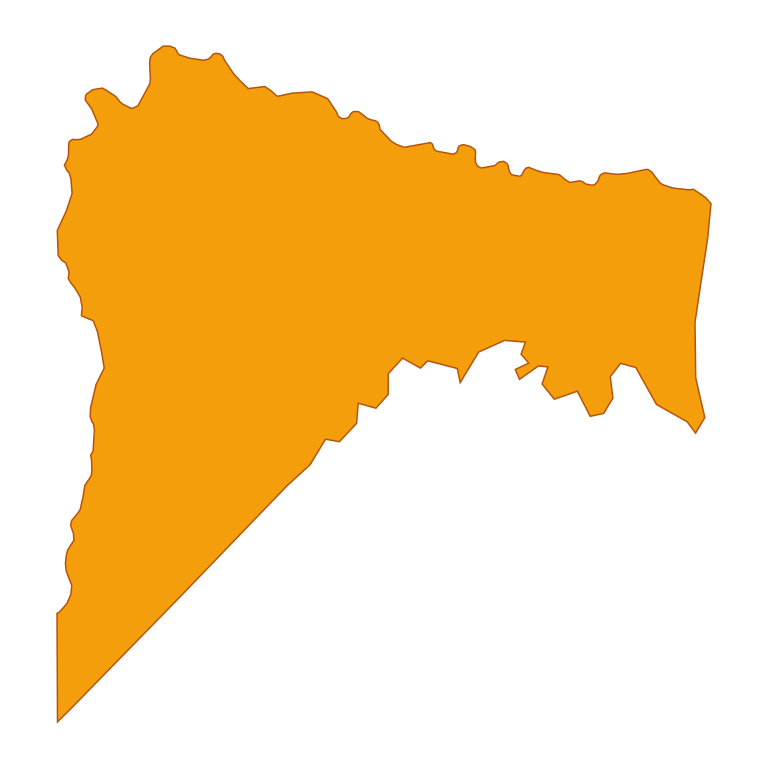 the district of Nassau, Florida, United States of America
{"feature_id": "52423323B49658569394047", "entity_name": "Nassau", "entity_type": "district", "adm_level": 2, "iso_a3": "USA", "parent_name": "United States of America", "parent_adm1": "Florida", "projection": "albers", "projection_center": [-81.792, 30.55], "detail": "fine", "context": "isolated", "style": "filled", "palette": "amber", "viewbox_px": 768, "rotation_deg": 0, "n_neighbors": 0, "source": "geoboundaries", "source_scale": "gbopen_adm2", "svg_char_len": 2883}
<svg xmlns="http://www.w3.org/2000/svg" viewBox="0 0 768 768"><path d="M57.0,613.4L57.5,721.9L69.8,709.7L177.5,599.4L287.3,485.5L310.1,464.7L325.5,439.2L339.4,441.7L356.6,423.3L358.2,403.2L375.9,408.2L388.2,394.4L388.2,373.7L402.6,358.1L420.4,368.1L427.8,360.8L457.3,368.5L460.2,382.6L478.7,352.0L504.5,340.4L525.4,342.1L521.1,354.2L528.7,363.1L515.3,369.5L519.5,379.3L538.5,365.9L547.9,366.9L542.1,384.0L554.3,399.2L577.3,391.2L590.2,416.3L603.7,413.4L612.9,398.1L610.3,376.7L620.6,363.3L635.8,367.5L656.5,404.5L687.2,421.8L695.6,433.1L704.8,417.6L695.7,377.9L695.0,322.1L707.6,238.5L711.0,203.6L705.5,197.5L693.5,189.3L688.7,189.8L676.8,188.5L672.1,187.8L663.6,185.0L660.3,183.3L651.8,172.2L648.1,169.5L645.8,169.5L627.2,173.4L617.9,174.3L612.3,173.9L605.2,172.9L602.8,173.5L600.4,175.1L599.1,177.2L598.6,179.6L597.6,181.5L595.3,184.0L593.6,185.0L591.9,185.2L590.1,184.9L588.0,184.4L585.6,184.0L583.2,182.0L579.7,180.8L570.1,182.5L565.4,179.8L559.9,175.1L557.5,174.3L543.7,172.6L536.6,170.5L528.6,167.3L525.7,168.3L523.9,170.7L521.9,174.8L520.0,176.3L511.4,174.7L509.3,171.3L508.1,165.6L506.9,163.6L503.6,161.3L498.8,162.1L495.0,165.5L481.5,168.0L478.3,166.7L477.0,165.4L475.6,162.3L475.2,158.2L475.6,152.6L475.2,149.9L472.7,148.1L470.6,146.6L464.7,144.9L462.1,144.8L459.3,146.0L458.3,147.2L457.2,151.3L456.3,152.6L453.5,154.2L436.6,151.2L434.5,149.4L433.6,148.0L432.5,144.2L430.5,142.6L404.1,147.3L396.6,144.5L391.2,141.2L380.2,129.5L379.8,128.6L379.4,125.8L378.7,123.8L377.8,122.4L376.4,121.4L375.1,120.7L371.2,119.9L367.2,118.4L362.8,114.7L358.5,111.7L353.5,111.5L351.1,113.3L348.9,116.9L346.3,118.4L342.0,118.7L338.3,116.4L336.5,112.0L327.7,98.7L313.2,92.3L311.2,91.9L291.8,93.2L277.8,96.3L276.1,95.4L271.6,91.3L265.0,86.5L248.2,88.6L239.6,80.3L233.4,73.5L224.5,60.2L222.8,56.2L219.8,53.9L216.0,53.3L212.9,54.3L211.4,56.5L208.8,58.9L203.9,60.3L189.7,58.2L179.0,54.7L178.2,53.9L175.1,48.2L170.1,46.2L163.2,46.1L152.7,53.8L150.2,57.6L149.6,63.0L149.9,69.3L150.4,79.1L149.8,83.8L137.9,105.8L132.5,108.3L132.4,108.4L130.1,107.9L122.4,103.9L120.1,102.0L115.8,96.5L105.3,89.6L102.3,88.1L92.6,89.7L86.5,94.1L85.5,95.7L85.3,100.0L91.7,109.0L98.3,124.5L97.2,126.8L91.6,134.1L80.6,139.3L76.2,139.7L72.7,139.3L69.5,141.4L68.8,143.2L68.4,155.7L67.2,159.7L64.4,165.3L67.3,170.9L69.3,173.2L70.9,178.7L72.1,193.4L66.4,210.8L57.3,230.4L58.2,255.7L61.8,260.3L65.8,263.1L68.6,270.6L69.1,273.3L68.2,278.2L70.7,282.9L74.5,287.4L80.2,296.9L82.2,307.3L81.4,315.3L81.8,316.0L92.8,320.5L93.6,321.5L97.3,331.2L101.5,351.6L104.2,368.1L96.1,384.4L90.6,407.5L90.1,416.5L92.0,421.9L93.3,423.4L94.4,429.7L93.1,451.1L90.7,455.2L91.6,460.6L91.9,471.5L91.1,476.0L84.8,485.5L83.0,497.1L80.1,509.7L78.1,512.8L71.6,520.6L70.6,525.4L73.4,533.3L73.9,540.3L67.6,550.1L66.3,555.4L65.4,563.5L66.3,571.4L71.8,585.5L70.8,594.5L66.7,603.9L59.1,612.3L57.0,613.4Z" fill="#f59e0b" stroke="#b45309" stroke-width="1.5"/></svg>